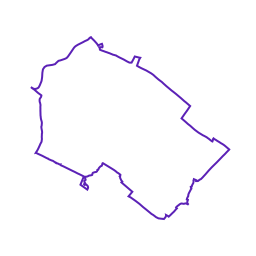 Broscauti, Botosani, Romania (Mercator projection), rotated 79°
{"feature_id": "2599482B91483518558986", "entity_name": "Broscauti", "entity_type": "district", "adm_level": 2, "iso_a3": "ROU", "parent_name": "Romania", "parent_adm1": "Botosani", "projection": "mercator", "projection_center": [26.483, 47.957], "detail": "fine", "context": "isolated", "style": "outline", "palette": "violet", "viewbox_px": 256, "rotation_deg": 79, "n_neighbors": 0, "source": "geoboundaries", "source_scale": "gbopen_adm2", "svg_char_len": 5671}
<svg xmlns="http://www.w3.org/2000/svg" viewBox="0 0 256 256"><g transform="rotate(79 128 128)"><path d="M159.3,190.9L161.0,188.6L163.0,186.1L163.9,184.8L167.1,180.6L174.6,185.5L180.7,179.7L179.6,178.9L178.7,178.5L178.0,178.5L177.1,178.7L176.2,179.3L175.6,179.8L175.6,180.4L175.5,181.0L175.6,181.4L175.3,181.6L174.8,181.9L174.5,181.6L174.2,181.0L174.0,180.6L173.4,180.8L172.9,181.0L172.4,181.1L172.1,180.9L171.6,180.9L171.2,180.4L170.8,179.5L170.1,179.5L169.5,179.7L169.1,179.6L168.6,179.7L168.0,179.3L167.7,178.7L167.9,177.7L167.6,176.2L167.3,175.4L167.3,174.4L167.4,173.5L167.2,172.1L166.8,171.9L165.8,171.5L165.4,171.1L165.2,170.7L165.1,169.5L165.0,168.9L165.0,168.6L165.1,168.1L165.0,167.4L164.8,167.0L164.6,166.7L163.9,166.2L163.5,166.1L163.3,166.1L163.2,165.9L163.2,165.6L163.3,165.6L163.3,165.2L163.1,165.0L162.8,164.9L162.3,164.6L161.9,164.3L161.4,163.7L160.8,162.9L160.3,162.1L160.3,161.8L160.1,161.0L159.8,160.8L159.4,160.5L158.2,160.0L157.8,159.7L157.7,159.4L163.9,152.6L166.5,149.8L168.1,148.3L168.8,147.8L169.4,147.3L169.8,147.0L170.3,146.3L172.4,144.4L172.7,144.5L172.9,144.5L173.8,145.4L174.4,145.0L174.7,145.1L175.0,145.2L175.7,145.2L178.0,144.6L179.6,143.8L180.2,144.8L191.4,135.9L195.2,140.5L196.6,138.7L201.1,134.4L204.7,131.2L208.6,128.2L211.3,125.9L215.4,122.5L216.9,121.3L218.2,119.8L218.7,119.4L219.3,118.8L220.4,117.9L220.9,117.4L221.3,117.0L221.5,116.6L221.8,116.2L222.5,115.4L222.9,114.1L223.3,113.0L223.6,111.9L223.7,111.4L223.9,111.1L223.9,110.8L224.2,110.1L223.7,109.5L223.0,108.6L222.5,108.1L221.8,107.6L221.3,107.4L221.0,107.2L220.7,107.2L222.2,105.4L222.7,105.1L222.8,105.0L222.0,103.7L221.7,103.2L219.9,100.5L219.0,99.0L218.3,98.1L216.7,96.1L216.4,95.8L216.4,95.6L216.3,95.4L215.7,95.8L215.3,95.9L215.1,96.0L215.0,95.9L214.9,95.6L214.3,94.8L214.1,94.5L213.5,93.3L213.3,92.8L213.0,92.3L212.8,92.0L212.6,91.4L212.4,90.8L212.3,90.0L212.4,89.7L212.7,88.7L212.9,88.3L213.0,88.0L213.1,87.5L213.0,86.9L213.0,86.4L213.0,85.9L213.2,85.3L213.5,85.0L213.6,84.8L213.7,84.6L214.8,83.2L214.0,83.6L213.3,84.2L213.2,84.4L211.9,83.8L211.5,83.8L210.8,83.4L210.7,83.4L210.6,83.2L210.4,83.1L209.9,82.9L209.3,83.9L208.4,83.5L207.3,82.7L206.6,82.0L206.3,82.0L206.0,81.8L205.5,81.6L205.2,81.6L203.9,80.9L200.4,78.1L199.6,77.3L199.3,77.3L199.1,77.4L198.7,77.7L198.4,77.6L198.2,77.3L198.2,77.2L197.9,77.1L197.7,77.2L197.7,76.9L197.6,76.6L196.9,76.2L196.6,76.1L195.6,75.4L194.8,74.6L194.2,74.3L192.9,73.8L192.1,73.8L191.9,73.7L191.7,73.5L190.8,73.1L192.3,70.9L193.1,71.2L193.4,69.6L193.4,69.4L193.2,69.0L192.9,68.6L192.7,68.0L192.4,67.5L192.2,66.8L192.1,66.2L190.7,64.1L190.0,63.2L188.4,61.0L185.1,56.8L182.7,53.5L181.3,51.4L178.8,47.6L175.8,43.3L173.6,40.2L172.9,39.1L171.9,37.6L170.5,35.7L168.6,32.9L168.4,32.7L163.9,36.3L163.2,36.9L161.8,38.3L160.8,39.5L159.3,41.0L157.6,42.9L156.6,43.9L155.2,45.5L154.5,46.0L154.9,46.5L156.5,47.2L157.3,47.7L156.9,48.3L156.4,48.7L154.7,50.2L154.3,50.5L153.7,51.0L153.2,51.6L152.6,52.1L152.1,52.5L151.7,53.0L149.9,55.2L149.6,55.7L147.3,58.2L146.7,58.9L145.5,60.1L142.4,62.9L140.2,64.6L137.8,66.4L135.4,68.5L133.5,69.9L131.3,71.6L128.8,73.6L124.9,69.6L122.0,66.5L118.3,62.8L113.6,66.5L112.5,67.5L108.8,70.3L103.6,74.5L100.7,77.0L99.6,78.0L96.5,80.5L94.3,82.3L93.1,83.2L92.3,83.8L91.4,84.5L89.3,86.0L86.2,88.8L83.8,90.7L82.9,91.4L80.7,93.0L78.7,94.9L76.7,97.2L75.1,99.0L71.9,103.4L69.9,105.9L68.6,107.3L62.9,103.9L61.4,102.6L61.1,103.4L59.1,107.7L61.1,109.2L64.5,112.0L64.4,112.7L64.2,113.5L64.1,114.1L62.5,116.2L59.9,119.2L58.4,121.2L56.9,123.2L54.8,125.7L54.6,125.8L54.5,126.0L54.4,126.2L54.1,126.8L53.6,127.8L53.1,128.9L52.3,130.0L52.0,130.5L51.6,131.1L51.3,131.5L50.5,132.9L49.8,134.0L48.8,135.8L48.1,136.9L47.3,138.3L46.7,139.3L45.8,140.6L45.0,140.6L44.6,140.5L43.6,140.7L43.3,140.8L43.3,140.2L43.6,138.9L43.9,137.8L43.5,137.5L43.1,137.4L42.4,137.3L42.0,137.3L41.7,137.4L41.2,137.4L40.4,137.5L40.5,138.4L40.7,139.3L41.0,140.7L41.2,141.7L40.2,142.0L39.4,142.4L38.8,142.7L35.8,144.5L34.2,145.6L32.4,146.8L31.8,147.0L31.8,147.3L32.1,148.1L32.4,148.3L32.5,148.5L32.5,148.8L32.8,149.2L33.3,149.8L33.6,150.4L34.0,151.6L34.2,152.5L34.5,153.8L35.1,155.6L36.7,161.3L37.3,162.9L37.7,163.9L38.3,164.9L39.0,165.8L43.3,170.1L46.4,173.3L46.9,174.0L47.4,174.6L47.7,175.3L47.9,176.1L48.1,176.9L48.7,181.3L48.8,183.4L50.4,186.0L51.4,187.4L51.6,190.3L51.3,195.8L52.2,198.3L54.2,200.3L57.4,201.5L61.7,202.6L64.0,203.4L65.1,203.8L66.0,204.3L68.1,205.7L68.9,206.2L70.6,207.5L71.0,207.9L71.4,208.4L71.6,209.0L71.8,209.6L71.9,210.2L72.0,211.0L71.9,211.7L71.9,212.0L71.7,212.6L71.4,213.2L70.9,213.8L70.7,214.1L69.7,215.1L69.4,215.5L70.8,214.3L72.5,212.6L76.4,209.6L79.4,206.8L79.6,206.8L80.9,207.4L81.9,208.4L82.4,208.9L82.8,209.2L83.9,209.5L85.5,209.7L86.0,209.6L86.8,209.5L88.0,209.5L88.7,209.5L90.6,210.0L92.4,210.3L94.3,210.7L95.6,210.9L96.8,211.1L99.2,211.5L99.9,211.5L100.7,211.6L101.9,211.7L102.5,211.7L103.0,211.7L105.0,211.5L106.0,211.5L106.7,211.6L109.2,212.3L110.4,212.9L110.9,212.9L112.2,213.0L114.6,213.0L115.5,213.1L116.1,213.2L116.6,213.3L117.1,213.6L118.5,213.9L120.5,214.4L121.6,214.5L122.7,214.7L123.8,215.1L124.7,215.4L125.0,215.5L125.4,215.8L126.1,216.4L127.1,217.2L128.3,218.0L131.1,220.0L132.7,221.3L134.0,222.5L134.4,223.0L134.8,223.3L134.8,223.1L136.1,221.4L138.9,217.5L140.1,216.0L140.8,215.1L141.3,214.5L142.5,212.9L142.8,212.3L143.1,212.2L143.7,211.5L145.4,209.0L145.7,208.3L145.9,208.0L146.5,207.4L147.2,206.7L147.5,206.3L147.7,206.1L148.3,205.3L148.5,205.5L148.7,205.3L148.7,205.1L148.9,204.9L149.0,204.8L149.2,204.5L149.3,204.2L149.5,203.6L150.5,202.4L150.8,201.8L150.9,201.5L150.9,201.3L151.1,201.4L151.3,201.4L151.5,201.2L151.8,201.0L153.3,198.8L159.3,190.9Z" fill="none" stroke="#5b21b6" stroke-width="2"/></g></svg>